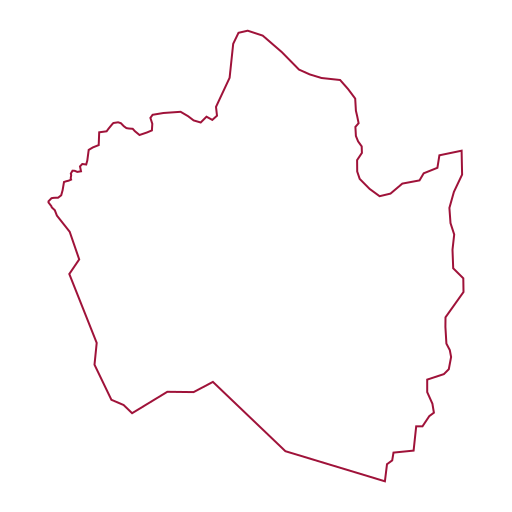 Villa del Carmen, Durazno, Uruguay (Equal Earth projection)
{"feature_id": "84410073B65013252614734", "entity_name": "Villa del Carmen", "entity_type": "district", "adm_level": 2, "iso_a3": "URY", "parent_name": "Uruguay", "parent_adm1": "Durazno", "projection": "equal_earth", "projection_center": [-55.935, -33.157], "detail": "fine", "context": "isolated", "style": "outline", "palette": "rose", "viewbox_px": 512, "rotation_deg": 0, "n_neighbors": 0, "source": "geoboundaries", "source_scale": "gbopen_adm2", "svg_char_len": 1628}
<svg xmlns="http://www.w3.org/2000/svg" viewBox="0 0 512 512"><path d="M132.1,413.2L167.3,391.8L193.6,392.1L212.9,381.9L285.4,451.2L384.9,481.3L387.0,464.2L392.2,460.4L393.5,452.6L413.6,450.6L416.2,426.3L422.5,426.3L429.3,416.1L433.9,412.7L432.4,403.7L427.2,392.1L427.2,379.6L443.9,374.1L448.8,369.2L451.1,357.0L449.8,350.1L446.4,343.6L445.4,326.9L445.5,317.3L463.5,292.0L463.3,278.3L453.2,268.3L452.5,249.7L454.2,234.5L450.5,223.1L449.4,207.9L453.9,191.9L462.1,174.6L461.6,150.7L439.4,155.3L437.4,167.8L423.7,173.3L419.5,180.4L402.3,183.6L390.5,193.6L379.6,196.2L369.6,188.9L359.7,178.9L357.2,171.5L357.1,160.1L361.9,152.9L361.7,146.4L358.1,141.4L355.9,136.0L355.4,126.9L358.6,123.2L357.2,116.3L355.9,110.7L355.2,98.6L348.1,89.1L340.1,80.0L321.5,78.0L309.7,74.4L299.0,69.6L281.8,52.1L262.7,35.6L247.7,30.7L238.5,32.8L233.2,43.8L229.6,77.8L216.0,106.9L217.0,115.7L212.3,119.9L206.5,116.7L200.7,122.5L193.6,120.4L188.1,116.2L180.6,111.8L163.4,113.0L152.6,114.8L150.4,117.9L152.3,123.8L151.9,130.4L146.9,132.5L139.5,135.0L134.9,131.2L132.7,128.8L128.8,128.5L126.4,128.1L123.8,126.2L120.9,123.2L118.1,122.3L113.4,123.0L112.3,124.1L108.6,128.6L106.6,131.3L99.2,132.3L98.7,145.1L92.9,147.4L88.7,149.9L87.3,160.5L86.2,164.5L82.3,164.0L80.0,166.4L81.0,171.3L77.3,171.9L74.7,170.8L72.5,170.7L70.8,173.6L71.2,175.1L70.7,178.2L71.1,179.6L68.6,180.7L66.4,181.2L64.0,182.0L62.6,190.2L61.2,195.3L58.1,197.7L54.0,197.8L51.5,198.2L48.5,201.3L48.5,202.5L51.3,206.1L51.8,207.4L54.8,210.2L56.9,215.6L69.7,231.8L79.2,259.4L69.3,274.0L96.7,342.9L94.5,364.7L111.4,399.8L123.6,405.0L132.1,413.2Z" fill="none" stroke="#9f1239" stroke-width="2"/></svg>